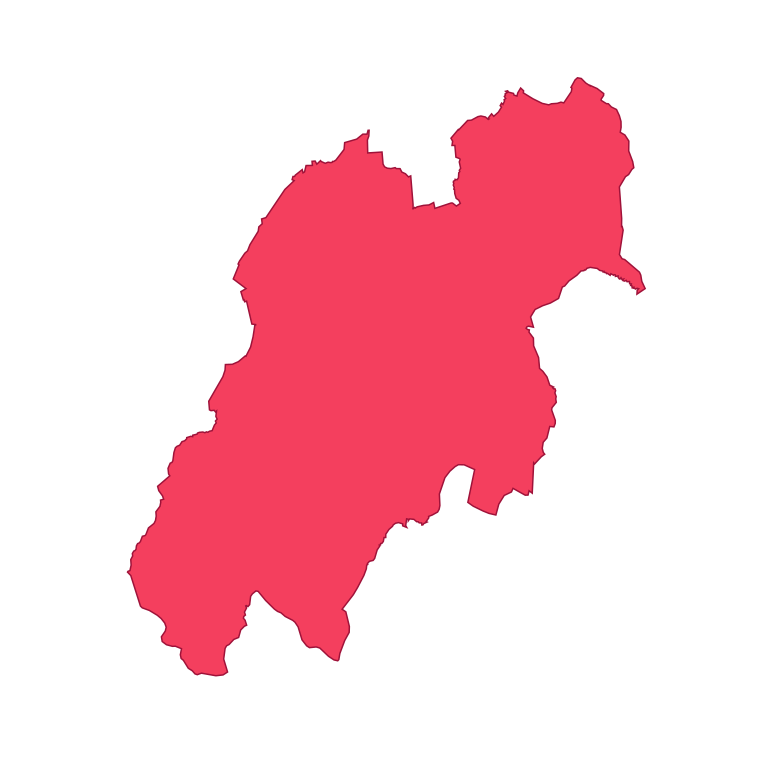 outline of Remetea Chioarului, Maramures, Romania, rotated 78°
{"feature_id": "2599482B30714970991865", "entity_name": "Remetea Chioarului", "entity_type": "district", "adm_level": 2, "iso_a3": "ROU", "parent_name": "Romania", "parent_adm1": "Maramures", "projection": "equal_earth", "projection_center": [23.534, 47.521], "detail": "fine", "context": "isolated", "style": "filled", "palette": "rose", "viewbox_px": 768, "rotation_deg": 78, "n_neighbors": 0, "source": "geoboundaries", "source_scale": "gbopen_adm2", "svg_char_len": 6160}
<svg xmlns="http://www.w3.org/2000/svg" viewBox="0 0 768 768"><g transform="rotate(78 384 384)"><path d="M486.1,241.4L484.1,242.4L479.9,242.6L474.1,240.4L470.7,235.9L460.0,230.7L461.3,226.7L458.2,224.7L455.2,224.0L444.2,225.4L442.1,224.6L437.8,219.3L434.3,219.1L432.1,218.2L428.2,218.7L426.2,217.5L424.3,217.7L423.9,219.2L422.5,219.8L422.2,218.8L419.6,222.1L411.0,223.1L404.6,226.0L401.1,228.6L390.3,227.3L377.8,229.7L370.1,228.3L363.5,231.4L361.3,230.6L360.5,232.3L359.0,233.4L357.7,232.2L357.5,230.6L359.5,226.0L348.9,226.7L342.5,220.7L340.4,212.5L339.4,204.4L336.6,195.5L326.2,189.4L325.7,186.9L321.6,181.6L317.7,172.7L314.4,167.8L314.7,164.9L314.1,164.2L314.4,163.1L313.0,161.4L312.8,158.0L315.3,151.4L317.7,149.4L319.0,146.6L320.0,146.4L319.7,145.3L320.7,145.2L321.1,143.8L322.3,143.4L322.3,142.4L324.7,140.2L323.3,139.2L325.3,136.8L324.9,136.2L325.4,135.1L326.9,135.3L327.0,132.5L328.4,132.8L330.2,131.9L330.4,131.3L329.3,130.1L331.3,129.5L331.2,128.1L332.0,129.0L332.6,128.7L333.4,127.2L333.0,125.5L334.5,125.0L334.8,122.6L337.0,122.9L337.5,121.3L338.9,122.2L339.2,121.2L341.6,121.2L341.3,119.6L342.2,119.9L342.4,119.0L343.4,118.4L343.0,116.5L343.7,115.1L345.1,116.9L348.7,117.9L345.0,108.7L337.2,110.5L330.9,110.2L327.7,110.9L312.3,122.7L311.0,125.1L306.3,126.8L283.2,118.1L279.4,118.3L279.4,118.9L271.4,117.1L240.2,112.8L231.4,104.7L230.0,101.2L225.6,96.9L224.4,94.7L218.1,94.5L207.0,96.2L197.3,94.0L190.5,96.6L186.9,100.6L182.2,98.7L176.5,97.6L170.4,98.0L163.9,99.5L160.3,104.0L156.5,106.3L156.0,108.2L151.7,112.6L150.6,112.4L147.4,109.2L145.6,108.7L139.3,114.1L134.7,120.4L135.1,120.5L131.5,124.1L126.2,127.5L124.7,131.1L126.3,133.9L132.8,139.5L133.7,138.7L137.0,140.0L146.4,149.7L145.1,152.3L145.5,156.1L144.7,162.0L145.2,164.8L142.4,170.9L136.0,179.0L128.2,187.2L126.2,186.5L122.9,188.8L127.0,192.6L130.0,194.1L128.4,196.8L126.7,196.9L124.4,201.5L122.9,202.1L123.0,204.2L124.6,203.0L125.5,205.3L126.8,205.2L127.7,206.5L130.0,205.6L131.0,207.5L132.2,207.2L135.3,209.5L133.7,210.6L135.9,212.5L137.6,211.5L141.8,215.5L145.0,221.0L142.1,222.6L145.3,226.5L146.1,226.9L146.6,226.2L146.9,227.0L143.9,229.3L142.0,233.5L142.0,236.5L144.1,243.7L143.6,247.4L151.0,258.1L150.5,258.4L157.5,267.4L160.8,266.4L164.8,267.9L165.4,265.1L177.1,266.5L179.3,263.1L180.3,262.9L182.4,264.2L189.0,264.2L190.6,265.9L192.0,265.7L193.0,267.0L197.8,268.3L199.4,270.0L198.6,271.9L199.5,272.1L200.1,273.9L201.1,274.3L202.1,274.0L203.9,274.9L206.4,274.4L207.9,275.2L208.5,274.6L212.4,275.2L217.4,274.8L219.8,272.6L223.2,271.8L225.0,276.2L221.3,279.3L220.9,280.7L222.8,297.7L216.8,297.7L218.2,302.8L217.5,308.2L217.6,314.8L218.4,316.8L217.7,317.3L219.0,319.8L218.2,319.0L214.1,318.2L186.0,314.6L186.5,317.0L182.8,319.3L180.4,322.5L176.7,323.5L175.8,327.3L174.7,328.1L174.7,332.4L173.6,335.9L171.7,338.3L168.7,339.2L156.7,337.7L154.6,351.9L141.9,349.5L138.3,347.3L132.7,345.8L132.5,346.8L136.1,348.7L135.2,352.7L138.8,359.8L139.7,372.3L146.3,374.3L154.9,384.4L155.9,386.9L155.6,388.0L156.4,388.7L156.4,390.0L155.4,392.6L155.9,395.6L153.3,399.2L152.3,399.6L155.0,404.0L151.6,405.0L151.2,408.1L155.3,408.6L154.1,414.8L160.0,417.6L160.6,419.3L157.3,419.4L161.3,427.4L162.4,428.3L162.1,429.9L165.0,431.4L166.4,429.6L173.1,440.5L196.7,464.9L197.1,469.4L201.9,469.8L204.3,473.8L208.5,475.3L219.8,486.1L225.4,489.8L227.1,492.9L233.8,499.9L236.3,501.8L237.4,501.1L249.9,509.6L262.0,499.1L263.9,504.8L272.5,504.1L272.4,503.4L274.6,503.2L274.4,501.2L297.9,500.8L299.4,496.6L299.6,498.1L310.7,502.3L320.1,506.8L328.2,513.3L327.7,513.9L331.9,521.8L333.2,528.2L332.0,535.1L337.4,536.6L343.4,540.1L364.4,559.0L373.0,560.1L374.1,558.8L374.4,555.6L376.4,554.6L375.7,553.5L380.8,555.2L383.7,554.5L385.2,556.6L387.2,556.2L388.9,558.4L393.9,561.8L393.9,564.5L394.6,566.3L393.9,567.7L394.4,569.3L393.3,571.2L392.9,574.7L393.2,576.6L394.2,577.3L394.3,581.7L395.7,582.1L395.0,583.8L395.4,588.1L396.6,588.4L398.1,590.8L398.4,593.6L401.4,596.6L401.9,599.4L403.0,601.3L407.3,603.7L415.2,606.5L416.6,607.7L417.0,609.6L421.6,612.8L427.2,613.4L429.3,612.6L437.0,626.7L441.5,626.5L447.4,623.9L450.9,623.5L451.1,626.7L453.4,627.0L457.1,628.6L461.6,633.7L465.9,634.3L470.0,635.9L472.6,638.0L475.8,644.3L481.9,648.3L482.6,649.3L482.7,652.0L487.4,655.0L488.6,656.5L488.9,658.2L490.8,659.8L494.1,660.9L495.2,662.2L495.4,663.5L497.5,665.4L500.0,665.6L503.1,668.2L508.6,669.0L513.7,671.3L514.0,673.4L514.7,674.0L518.7,671.5L550.6,668.4L552.7,667.0L556.7,660.6L563.1,653.8L567.1,650.7L572.2,648.2L576.6,647.6L580.2,649.3L585.0,654.3L589.8,654.5L593.8,651.0L596.6,645.5L597.1,642.6L600.8,637.1L606.5,639.5L610.3,639.5L612.5,637.7L621.4,634.5L624.7,631.1L628.2,629.2L629.5,627.1L628.9,622.7L634.4,609.1L635.1,601.9L633.2,596.9L619.7,598.0L609.6,594.4L607.3,592.4L606.6,589.7L602.6,584.0L601.7,578.9L594.8,575.3L591.9,570.9L591.4,568.5L586.2,569.0L583.9,570.2L582.2,569.5L581.2,567.6L578.1,567.9L574.5,565.0L572.3,565.4L572.1,564.8L573.4,563.3L571.9,561.3L564.0,558.6L561.9,556.4L559.8,552.3L560.7,550.2L571.1,544.8L581.4,538.0L584.3,535.4L586.4,532.3L590.8,529.0L596.2,522.4L598.5,520.6L603.7,518.5L617.2,517.4L624.0,514.1L626.4,511.7L627.1,505.0L628.9,501.7L638.8,494.9L643.5,490.3L645.1,486.8L644.2,485.5L638.4,483.2L626.8,475.8L619.7,469.7L614.0,468.3L598.9,468.7L595.6,471.8L583.7,457.8L577.5,452.1L567.1,443.5L561.1,439.7L557.6,438.6L557.1,437.4L556.1,437.5L554.4,435.1L554.3,431.3L552.7,429.4L544.9,425.2L541.7,421.9L540.6,422.1L540.7,420.9L539.4,420.5L539.4,419.2L537.9,417.4L534.2,415.9L534.5,414.2L531.3,413.5L527.3,409.4L525.0,405.3L523.7,404.2L522.6,401.7L522.6,398.6L524.7,394.8L526.6,395.2L529.0,391.6L527.0,392.2L520.6,389.9L521.3,388.4L522.9,388.7L521.3,387.0L522.6,382.9L525.5,380.7L525.9,379.1L527.1,378.5L527.8,376.1L529.8,376.3L529.9,375.3L528.8,374.1L528.0,370.6L527.4,371.4L524.2,368.0L522.8,367.9L522.2,364.1L520.4,358.2L518.0,356.1L514.5,354.6L503.1,352.7L488.3,343.9L483.0,337.7L479.6,331.7L478.4,328.0L479.7,322.4L486.5,313.1L517.2,326.6L522.1,322.1L528.9,313.4L532.4,308.2L535.4,301.8L525.4,296.7L518.0,289.6L516.1,281.8L512.9,279.5L522.1,269.0L522.6,266.2L518.6,264.3L521.6,261.7L492.3,254.0L493.6,253.4L487.8,245.2L486.1,241.4Z" fill="#f43f5e" stroke="#9f1239" stroke-width="1.5"/></g></svg>